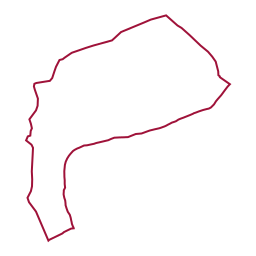 the district of Armant, Qina, Egypt
{"feature_id": "37247803B28192113145833", "entity_name": "Armant", "entity_type": "district", "adm_level": 2, "iso_a3": "EGY", "parent_name": "Egypt", "parent_adm1": "Qina", "projection": "orthographic", "projection_center": [32.504, 25.612], "detail": "fine", "context": "isolated", "style": "outline", "palette": "rose", "viewbox_px": 256, "rotation_deg": 0, "n_neighbors": 0, "source": "geoboundaries", "source_scale": "gbopen_adm2", "svg_char_len": 1981}
<svg xmlns="http://www.w3.org/2000/svg" viewBox="0 0 256 256"><path d="M229.9,84.2L220.3,77.5L219.8,77.0L219.8,76.4L218.4,75.2L218.3,73.2L218.2,71.3L215.7,61.6L212.2,56.6L208.0,51.7L200.6,45.6L189.7,35.2L181.5,27.9L177.5,25.5L166.1,15.4L162.8,16.3L150.8,19.6L144.3,22.4L121.1,32.0L118.1,34.8L112.0,40.4L93.5,45.5L85.9,47.9L79.0,50.3L72.0,52.7L70.4,53.7L64.6,57.7L62.7,59.2L59.5,60.0L56.0,66.8L54.4,71.4L52.2,78.1L49.8,80.9L49.0,81.0L48.2,81.1L41.9,82.1L36.3,83.0L34.4,83.8L33.9,86.4L34.8,89.6L37.9,98.6L37.6,105.8L36.0,110.4L29.4,119.3L30.9,123.8L31.9,128.3L30.7,131.0L30.3,135.6L27.8,136.4L26.1,140.4L31.5,144.7L33.0,147.8L32.7,154.1L32.1,165.5L31.8,171.4L32.0,175.3L32.2,179.5L32.0,186.4L30.9,191.2L27.5,197.8L29.0,202.2L30.2,203.8L36.0,211.6L48.4,240.6L49.3,239.8L62.3,233.5L64.1,232.0L71.1,228.6L73.7,228.3L73.6,227.8L72.7,225.9L71.9,223.8L71.6,222.0L71.2,220.4L70.7,217.8L69.8,214.8L67.8,211.8L66.6,208.5L65.6,205.3L65.5,203.2L65.2,200.5L64.3,197.8L63.8,195.4L63.6,194.3L63.8,191.3L63.8,190.2L64.4,189.1L65.1,187.6L64.7,184.1L64.7,180.2L64.4,176.9L64.4,176.5L64.3,171.1L64.7,167.1L64.9,164.9L65.8,161.5L66.4,160.3L66.6,159.8L67.2,158.5L68.9,155.8L70.5,153.8L72.9,151.1L74.6,149.9L77.2,148.5L79.3,147.7L82.1,146.4L84.0,145.5L87.0,145.3L91.1,144.4L94.0,143.8L96.3,143.0L97.6,142.7L99.0,142.4L108.3,140.2L110.9,139.0L114.3,137.7L119.8,137.4L123.5,137.3L128.0,137.1L131.5,135.7L135.8,134.0L141.5,133.5L144.0,132.6L144.8,132.3L146.7,131.6L149.8,130.5L152.3,129.9L154.7,129.3L155.6,129.1L157.8,128.6L159.1,128.3L159.8,128.1L161.3,127.6L162.6,127.1L164.6,126.4L166.3,125.6L167.9,124.7L169.1,124.1L170.1,123.6L171.0,123.1L171.9,122.6L173.2,122.2L174.7,121.7L176.0,121.2L178.4,119.6L179.1,119.3L180.8,118.6L183.6,117.6L184.8,117.1L187.1,116.2L190.1,115.0L192.9,113.8L193.9,113.2L195.5,112.7L198.9,111.4L203.1,110.0L206.9,109.0L208.8,108.6L210.9,107.5L214.0,104.4L216.0,101.2L218.0,98.8L221.2,95.2L224.8,90.3L227.7,86.5L229.9,84.2Z" fill="none" stroke="#9f1239" stroke-width="2"/></svg>